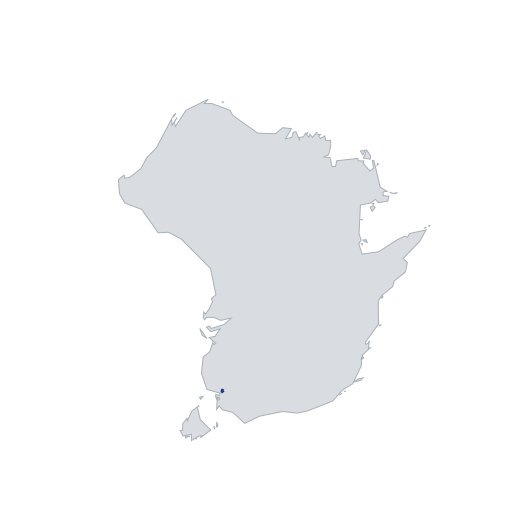 Hume, Victoria, Australia (highlighted), rotated 56°
{"feature_id": "25037944B10619545343998", "entity_name": "Hume", "entity_type": "district", "adm_level": 2, "iso_a3": "AUS", "parent_name": "Australia", "parent_adm1": "Victoria", "projection": "natural_earth1", "projection_center": [144.895, -37.597], "detail": "fine", "context": "in_parent", "style": "filled", "palette": "blue", "viewbox_px": 512, "rotation_deg": 56, "n_neighbors": 0, "source": "geoboundaries", "source_scale": "gbopen_adm2", "svg_char_len": 4449}
<svg xmlns="http://www.w3.org/2000/svg" viewBox="0 0 512 512"><g transform="rotate(56 256 256)"><path d="M335.5,112.3L340.3,135.4L346.1,134.2L352.8,141.1L354.0,155.2L357.9,160.0L358.9,173.1L361.7,179.9L381.0,192.5L388.5,213.3L390.7,214.4L391.1,210.7L395.3,214.4L396.0,212.6L397.6,223.1L400.1,226.3L405.5,229.5L416.0,247.3L415.4,259.2L419.1,273.5L413.2,300.1L409.2,309.8L399.8,320.9L390.8,342.6L388.5,358.9L372.6,362.8L364.7,369.8L359.8,370.4L361.2,374.4L353.5,368.6L354.6,367.2L354.1,365.8L352.7,365.7L350.1,368.2L348.2,366.7L351.3,364.3L349.6,362.5L339.2,371.3L322.9,366.9L310.1,356.2L309.5,347.8L303.5,340.1L306.0,340.4L305.9,338.2L297.4,340.4L299.8,334.8L296.3,326.5L293.4,335.9L287.2,336.9L288.1,333.7L291.0,333.7L295.0,320.8L293.6,311.2L289.6,321.3L283.3,325.2L279.3,331.3L280.0,334.4L277.4,334.0L273.2,330.5L275.8,330.5L273.8,324.5L269.7,317.7L266.4,316.8L265.7,310.9L241.0,300.7L200.1,308.5L187.3,315.4L182.1,324.1L153.5,324.7L138.7,335.1L128.2,334.4L115.8,327.4L115.1,320.2L118.0,321.4L120.2,317.1L119.2,302.6L113.4,291.7L110.6,278.0L95.2,249.4L100.7,252.5L97.0,243.8L99.5,248.9L103.6,250.4L96.0,232.5L99.4,207.9L100.7,213.7L105.0,207.3L120.6,196.1L126.3,196.7L155.1,185.9L165.5,171.6L164.5,162.2L170.2,155.4L175.3,165.9L177.7,160.1L174.4,156.0L175.3,153.4L184.9,155.1L181.9,154.1L183.7,150.0L181.9,146.4L187.0,145.9L185.1,143.2L189.4,142.8L187.8,138.9L191.4,134.5L191.7,137.1L194.7,136.8L194.8,131.8L199.1,133.6L201.8,129.5L206.4,132.3L212.6,139.2L211.7,144.8L215.7,139.5L224.5,143.0L226.2,140.0L222.2,135.8L232.1,116.9L234.2,118.1L237.6,113.4L238.8,115.4L249.3,114.0L248.9,109.4L241.9,106.1L243.0,104.9L268.4,114.6L275.7,111.1L273.9,114.8L277.1,116.8L280.8,112.4L284.2,116.1L280.3,124.6L275.9,125.3L276.2,131.4L272.1,140.9L295.2,158.2L301.5,159.9L303.5,164.0L313.8,166.9L321.1,151.9L321.5,130.1L322.6,121.9L325.2,119.9L323.2,116.2L329.5,100.4L335.5,112.3ZM348.3,389.0L360.4,393.7L374.9,390.8L375.7,403.8L374.8,401.4L373.3,404.2L372.9,412.7L367.7,409.3L364.5,417.1L358.2,416.5L359.5,414.3L354.1,410.6L351.9,403.9L354.3,405.1L348.6,395.9L348.3,389.0ZM230.0,105.0L237.3,105.0L239.6,107.4L234.8,112.1L230.0,105.0ZM284.6,343.1L296.9,342.8L291.7,344.9L284.6,343.1ZM282.4,130.1L283.9,134.8L279.3,134.0L280.0,130.7L282.4,130.1ZM415.3,245.2L415.1,239.9L416.9,235.4L417.6,238.6L415.3,245.2ZM371.6,381.4L375.6,382.5L375.7,384.3L371.6,381.4ZM229.3,106.4L231.9,111.0L227.3,110.7L229.3,106.4ZM343.8,382.2L341.5,381.7L342.8,378.6L343.8,382.2ZM307.1,156.2L304.9,157.6L302.7,158.4L303.8,155.7L307.1,156.2ZM95.1,248.2L93.2,245.5L92.9,243.1L93.2,243.0L95.1,248.2ZM374.8,386.0L376.4,387.3L373.4,386.2L374.8,386.0ZM399.2,223.8L400.8,223.8L400.8,226.2L399.2,223.8ZM359.4,172.9L361.4,174.3L361.1,175.2L359.4,172.9ZM367.6,413.9L367.8,416.0L366.2,415.4L367.6,413.9ZM417.9,261.2L418.0,264.2L417.8,264.1L417.9,261.2ZM248.5,104.8L247.3,103.5L248.1,102.9L248.5,104.8ZM282.4,105.0L280.7,107.4L282.7,103.3L282.4,105.0ZM418.2,257.7L417.4,258.6L417.9,257.6L418.2,257.7ZM285.4,148.0L284.4,148.5L285.0,147.3L285.4,148.0ZM278.8,130.0L277.5,130.2L278.3,128.8L278.8,130.0ZM110.3,196.2L110.0,198.1L109.4,198.0L110.3,196.2ZM327.4,99.3L327.3,100.9L326.8,99.7L327.4,99.3ZM352.7,366.5L353.0,367.5L352.6,367.2L352.7,366.5ZM280.2,108.1L277.8,109.7L280.3,107.7L280.2,108.1ZM187.9,136.6L187.1,137.7L187.6,136.4L187.9,136.6ZM368.5,412.4L367.7,412.8L368.1,412.0L368.5,412.4ZM306.1,161.8L304.7,161.7L305.4,160.8L306.1,161.8ZM183.3,145.1L182.6,145.7L182.5,144.2L183.3,145.1ZM374.3,407.9L373.3,408.5L373.6,407.4L374.3,407.9ZM328.2,94.9L328.0,96.0L327.3,95.5L328.2,94.9ZM352.1,367.8L353.1,368.8L351.4,368.5L352.1,367.8ZM383.3,192.4L382.5,192.5L382.8,191.2L383.3,192.4ZM390.4,210.5L389.9,210.5L390.2,209.5L390.4,210.5ZM348.8,387.5L348.5,388.2L348.2,387.3L348.8,387.5Z" fill="#d9dde1" stroke="#a8b0b8" stroke-width="1"/><path d="M349.5,360.6L349.8,360.5L350.0,360.5L350.2,360.4L350.2,360.2L350.2,359.9L350.1,359.7L350.1,359.4L350.1,359.2L350.2,358.9L350.2,359.0L350.2,358.9L350.2,358.7L349.6,358.6L349.4,358.6L349.4,358.8L349.1,358.7L348.7,358.6L348.4,358.5L348.3,358.4L348.2,358.5L348.2,358.4L348.1,358.5L348.1,358.4L348.1,358.5L347.9,358.6L348.0,358.6L347.9,358.6L347.7,358.6L347.6,358.9L347.6,359.0L347.8,359.1L347.9,359.3L348.0,359.4L348.0,359.5L348.2,359.8L348.3,359.8L348.3,360.0L348.5,360.2L348.7,360.3L348.8,360.3L348.9,360.2L348.9,360.3L349.0,360.4L349.0,360.5L348.9,360.5L349.0,360.5L349.3,360.7L349.5,360.6L349.5,360.6Z" fill="#3b82f6" stroke="#1e3a8a" stroke-width="1.5"/></g></svg>